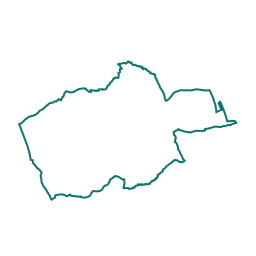 the district of Alimpesti, Gorj, Romania, rotated 86°
{"feature_id": "2599482B52876702526181", "entity_name": "Alimpesti", "entity_type": "district", "adm_level": 2, "iso_a3": "ROU", "parent_name": "Romania", "parent_adm1": "Gorj", "projection": "orthographic", "projection_center": [23.791, 45.109], "detail": "fine", "context": "isolated", "style": "outline", "palette": "teal", "viewbox_px": 256, "rotation_deg": 86, "n_neighbors": 0, "source": "geoboundaries", "source_scale": "gbopen_adm2", "svg_char_len": 5815}
<svg xmlns="http://www.w3.org/2000/svg" viewBox="0 0 256 256"><g transform="rotate(86 128 128)"><path d="M116.6,236.3L138.0,229.8L142.4,228.8L148.1,227.7L153.0,227.3L153.5,225.3L154.7,225.2L155.3,225.3L156.8,225.0L157.2,224.5L158.2,223.5L158.9,223.4L159.2,223.0L159.9,222.6L160.1,222.2L160.4,222.0L161.2,221.8L161.6,221.6L162.2,220.5L162.8,220.1L163.4,219.3L166.2,217.4L167.4,217.5L168.4,218.2L169.6,218.5L171.6,218.3L172.7,218.0L176.4,218.0L178.0,217.1L178.7,217.0L180.6,216.2L181.8,215.2L182.9,214.8L183.9,213.8L185.8,213.3L186.9,212.4L188.5,211.8L190.1,210.8L192.5,210.1L194.1,209.2L193.7,208.6L192.5,205.9L191.5,205.4L190.3,205.3L190.0,205.1L189.5,199.7L189.6,198.1L190.3,196.7L190.5,195.5L191.3,194.9L191.8,193.9L191.7,193.3L191.5,192.5L190.3,190.6L191.8,189.2L191.7,188.7L192.3,186.6L192.3,185.2L193.0,182.7L193.1,181.6L192.9,180.8L192.9,180.2L193.6,179.9L194.3,177.5L194.4,176.6L194.3,174.4L193.9,173.4L193.7,172.4L192.9,170.7L192.5,170.3L190.4,169.1L188.5,167.4L188.5,166.9L189.1,163.5L188.9,160.5L188.6,159.8L187.6,158.1L185.3,156.7L183.8,155.1L184.0,154.5L183.8,153.5L183.1,152.5L182.0,151.3L179.6,149.9L178.2,149.5L177.3,147.5L176.3,146.5L176.1,145.2L175.2,144.6L175.0,144.0L175.1,143.6L175.5,142.9L175.6,142.0L176.1,140.6L177.0,139.6L178.9,137.1L179.0,136.7L179.0,135.3L183.6,135.4L186.2,136.4L187.6,136.6L187.7,136.2L187.5,135.6L187.9,134.9L187.8,132.9L188.1,132.4L188.0,132.2L188.1,131.9L188.6,131.7L188.5,131.3L188.8,131.0L188.6,130.6L188.9,130.3L188.7,129.8L188.6,128.7L188.4,128.1L188.0,127.9L188.3,126.8L188.0,126.6L188.1,126.2L187.7,126.1L187.8,125.8L187.3,125.3L186.6,125.0L186.2,124.2L186.1,123.6L186.1,123.2L185.9,122.9L186.0,122.4L185.4,122.2L185.5,121.8L184.9,121.6L184.8,121.4L185.5,120.5L185.5,120.0L185.3,119.6L185.7,119.3L185.6,119.0L185.3,118.8L185.6,118.4L185.3,118.1L185.7,117.8L185.7,117.1L185.6,116.3L185.3,115.9L185.7,115.5L185.5,114.6L185.1,114.2L185.2,113.5L185.5,113.0L185.6,112.6L185.5,112.2L185.3,112.0L185.2,111.6L185.3,110.3L184.3,109.9L183.9,109.1L183.2,108.4L182.7,108.1L182.8,107.6L182.2,107.1L182.5,106.5L182.4,106.0L181.7,105.3L181.6,104.8L181.2,104.8L181.1,104.3L180.7,104.1L180.7,103.6L180.6,103.4L180.1,103.5L180.0,103.1L179.5,102.9L179.5,102.5L178.8,101.7L178.2,101.5L177.8,101.7L176.6,101.5L176.4,100.3L175.8,99.8L175.6,99.1L175.2,99.0L174.7,98.3L174.3,97.6L174.3,97.2L174.2,97.0L173.3,96.2L172.4,96.3L171.9,96.2L171.8,95.7L170.9,94.2L169.9,93.3L169.4,92.5L168.7,92.1L167.6,90.2L167.2,90.0L167.2,89.6L166.5,88.5L166.1,87.4L165.5,87.0L165.0,86.3L164.9,85.9L164.3,85.4L163.1,83.7L163.2,82.9L163.6,82.6L163.4,81.9L163.6,81.3L164.3,80.2L165.6,78.9L165.7,76.7L166.0,76.4L165.2,75.0L164.7,73.8L162.2,75.5L159.3,76.4L156.9,77.7L154.9,78.1L153.0,79.4L152.3,79.5L150.3,79.5L146.8,80.6L146.2,80.9L145.4,82.1L144.4,82.1L144.2,81.8L143.6,81.9L141.5,81.0L140.9,81.3L140.3,81.1L139.1,81.5L138.7,81.9L138.4,82.5L135.2,82.8L133.9,79.8L132.7,77.6L133.3,77.4L133.6,77.0L133.9,76.3L134.2,74.7L135.3,72.5L135.4,71.5L135.7,71.1L135.8,70.1L136.5,67.7L136.4,67.2L136.9,66.4L135.9,62.4L135.9,61.6L135.5,59.7L135.5,58.6L135.9,57.7L135.9,55.2L136.2,54.4L136.2,53.5L135.8,51.3L134.5,51.4L134.3,49.8L134.1,47.4L133.8,46.7L133.7,45.2L132.7,41.7L132.9,39.2L133.4,36.7L133.5,35.7L133.3,34.5L132.7,32.4L132.7,29.9L132.0,28.5L132.0,28.0L132.4,26.1L132.0,25.6L132.1,25.2L131.9,24.7L131.3,23.9L130.5,19.7L129.8,19.9L129.2,20.2L128.6,21.0L128.4,21.7L128.2,23.2L128.3,26.9L128.2,28.5L122.3,29.8L116.7,31.3L108.3,34.2L109.4,35.9L116.4,33.5L116.9,35.2L118.3,38.7L113.2,39.0L110.6,39.3L106.7,40.4L104.6,40.8L96.7,43.7L95.9,44.2L96.0,46.9L95.9,49.1L95.3,51.1L95.3,51.7L94.5,55.1L94.2,57.1L94.4,59.3L94.8,61.7L94.9,63.6L94.6,65.0L94.4,66.4L94.5,68.5L94.0,72.1L94.1,73.7L94.8,75.8L94.9,76.7L95.7,78.8L96.1,79.5L96.9,80.6L99.6,82.8L102.3,85.6L103.0,86.8L103.5,88.1L102.9,88.7L102.1,89.0L100.4,89.3L99.1,89.3L96.6,89.8L93.5,91.0L90.2,93.0L86.8,94.0L84.9,95.2L84.2,95.1L83.6,95.5L82.8,95.6L81.8,96.3L81.0,96.2L80.1,97.1L78.5,97.3L78.1,97.2L77.5,97.5L76.7,97.4L76.6,97.6L76.0,98.0L75.8,98.5L76.1,99.0L75.6,100.1L75.4,100.8L74.8,101.9L74.7,102.0L74.3,101.8L74.2,102.5L73.0,103.0L72.8,103.3L72.8,103.9L72.5,104.1L72.1,104.6L70.6,105.7L70.8,106.2L70.2,106.5L69.4,108.2L70.4,108.8L70.4,109.0L69.5,109.4L68.8,110.2L68.0,109.8L67.8,110.5L68.0,110.8L67.8,111.4L67.1,112.1L67.4,112.6L66.8,113.2L66.7,114.9L65.5,116.2L65.8,116.8L65.5,118.2L65.1,118.5L65.2,118.9L65.1,119.1L63.7,119.9L63.5,120.3L62.8,120.2L62.9,120.7L62.7,121.3L62.8,121.6L62.8,121.9L62.6,122.3L61.7,122.8L61.6,123.2L61.7,123.6L62.1,123.7L62.9,124.4L63.1,125.2L63.6,125.6L63.3,126.2L63.2,126.7L62.9,127.2L62.8,127.7L63.5,130.7L63.3,132.0L63.4,133.1L63.8,133.4L65.3,131.8L68.3,130.1L69.2,131.5L68.9,132.0L70.3,132.2L71.6,132.0L72.5,133.1L72.7,133.8L73.4,133.6L74.4,133.6L77.1,134.0L77.0,134.7L77.3,134.8L76.9,136.2L76.8,137.1L77.7,137.8L77.3,138.6L80.8,141.2L81.5,142.1L81.6,142.6L82.4,143.2L83.3,143.4L83.9,144.1L84.0,144.7L84.3,145.3L87.1,146.7L87.9,147.8L88.0,148.1L87.8,149.7L88.0,150.2L87.5,150.7L87.8,151.2L87.4,152.3L87.5,153.0L87.6,153.7L87.9,154.1L87.7,154.5L88.4,154.5L88.4,154.9L88.7,155.2L88.5,156.3L89.0,157.1L88.6,157.4L88.5,158.4L88.2,159.0L88.2,160.1L87.5,162.2L87.7,162.5L88.2,162.8L89.3,162.4L89.4,163.1L89.2,164.2L88.9,164.8L87.8,165.7L86.8,167.0L85.9,167.3L85.5,168.3L85.7,169.0L85.3,169.6L85.5,170.6L85.6,174.3L86.4,175.4L87.2,177.9L87.7,178.6L87.8,179.0L88.2,179.2L88.6,182.3L88.4,183.2L87.1,186.8L86.9,187.0L87.4,187.6L89.0,188.9L90.1,189.5L91.5,189.9L92.6,190.8L92.8,191.5L94.4,192.2L95.7,193.0L95.6,193.4L95.1,193.7L94.4,195.1L95.0,195.5L95.6,196.4L95.7,197.0L96.5,197.9L96.3,198.1L96.4,199.4L97.4,201.2L97.7,204.2L100.8,208.7L102.9,210.9L104.7,215.0L106.9,217.1L107.6,218.4L108.3,219.3L109.4,222.8L109.6,224.8L110.4,226.8L112.4,230.0L115.4,233.5L116.3,235.1L116.6,236.3Z" fill="none" stroke="#0f766e" stroke-width="2"/></g></svg>